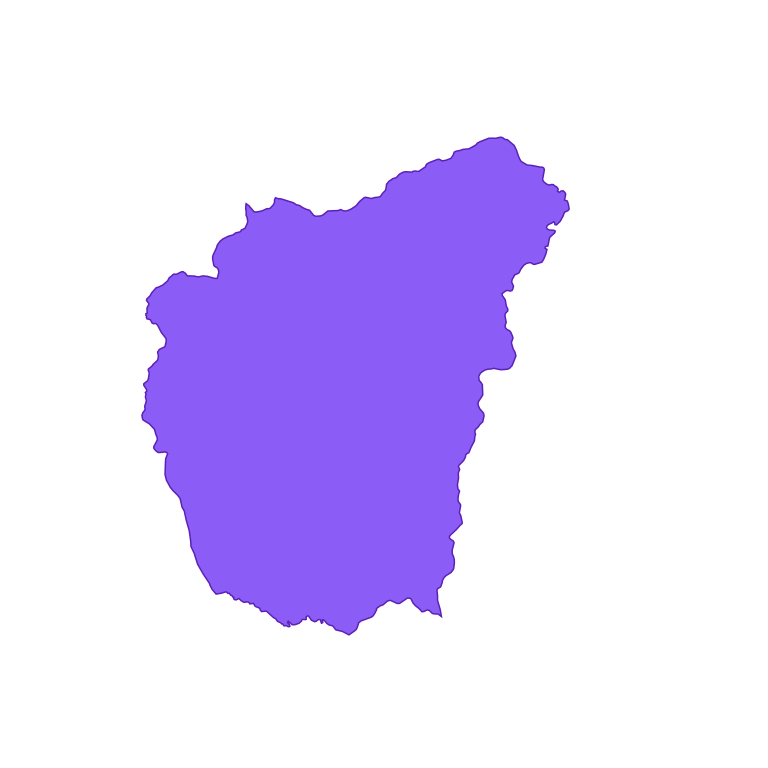 Hatu-Builico, Ainaro, East Timor (Mercator projection), rotated 237°
{"feature_id": "22284137B50442427378542", "entity_name": "Hatu-Builico", "entity_type": "district", "adm_level": 2, "iso_a3": "TLS", "parent_name": "East Timor", "parent_adm1": "Ainaro", "projection": "mercator", "projection_center": [125.548, -8.944], "detail": "fine", "context": "isolated", "style": "filled", "palette": "violet", "viewbox_px": 768, "rotation_deg": 237, "n_neighbors": 0, "source": "geoboundaries", "source_scale": "gbopen_adm2", "svg_char_len": 6171}
<svg xmlns="http://www.w3.org/2000/svg" viewBox="0 0 768 768"><g transform="rotate(237 384 384)"><path d="M437.6,637.4L439.9,635.6L444.3,639.8L446.3,640.0L448.6,639.4L449.5,637.1L449.1,635.6L451.0,634.5L452.6,636.3L455.4,636.2L457.3,635.0L459.0,634.6L460.0,633.3L461.1,630.5L463.5,629.1L466.3,628.2L468.9,628.2L476.5,635.3L478.1,635.6L479.4,635.1L480.3,633.7L486.9,626.9L489.6,623.4L495.8,620.3L498.6,620.3L502.5,621.0L507.7,622.4L513.2,623.1L521.8,620.5L522.9,618.9L526.4,617.4L527.7,615.8L529.2,611.6L533.0,605.9L534.9,596.7L535.2,593.4L534.5,591.6L534.5,589.8L535.0,583.2L537.8,578.0L538.3,575.4L540.0,571.2L540.2,569.1L538.1,566.4L536.8,562.9L537.9,557.9L539.4,554.3L542.3,552.8L543.2,551.2L545.0,542.8L545.2,540.2L544.8,538.6L543.6,537.1L543.4,528.8L545.6,526.2L546.6,524.1L546.4,522.9L550.1,518.0L551.2,515.6L551.4,513.8L551.6,511.3L550.4,506.6L551.4,503.3L551.3,498.6L550.2,495.0L546.6,491.9L545.6,490.6L544.7,486.7L543.4,483.5L543.4,481.8L545.4,477.9L546.4,474.5L550.6,470.3L551.1,468.9L550.4,463.2L548.7,457.7L548.6,452.0L549.2,448.2L549.9,446.3L551.2,444.4L553.9,442.7L554.4,440.1L559.7,431.1L559.0,424.5L559.6,422.1L562.0,417.9L564.1,416.8L570.3,416.2L573.2,413.7L576.2,411.9L579.7,410.4L582.1,408.1L585.4,406.7L595.1,398.7L597.8,395.5L599.3,394.4L598.2,392.6L595.7,390.8L594.6,388.8L593.4,384.4L593.8,382.9L594.9,381.1L595.5,376.4L596.5,373.6L598.0,370.2L599.3,368.8L607.2,367.8L610.3,366.6L609.4,365.7L606.0,363.3L603.8,362.4L600.7,360.3L597.9,359.8L594.3,358.1L592.5,355.8L590.2,352.0L590.9,348.3L590.1,347.1L590.1,345.7L591.5,342.1L591.3,338.4L592.7,334.0L593.4,327.9L593.0,324.2L591.4,320.0L589.4,317.6L585.4,311.2L583.9,309.5L582.0,308.3L576.2,305.9L574.9,306.0L572.5,307.3L570.3,307.4L567.6,306.3L563.4,301.6L565.0,299.3L570.4,294.6L573.3,291.0L574.9,286.6L578.0,283.5L581.8,278.0L584.9,277.8L587.7,276.6L588.4,275.2L589.1,269.5L590.5,267.9L590.7,266.6L590.2,264.3L590.1,261.8L588.3,258.6L587.5,252.2L588.1,247.6L588.8,245.3L586.8,238.3L585.9,237.0L585.2,235.2L584.6,231.7L583.5,230.3L579.7,230.6L578.5,229.7L577.7,227.9L576.3,226.2L572.4,224.0L572.7,222.7L571.5,221.8L570.3,221.9L569.4,221.0L567.7,220.7L565.2,223.1L561.3,222.7L559.9,223.7L559.5,225.0L558.4,225.9L556.0,226.1L548.3,225.3L540.8,226.0L538.3,224.5L534.6,220.6L535.4,214.5L534.1,211.5L530.6,210.2L527.7,207.7L527.1,206.2L526.2,201.0L525.5,199.5L524.8,194.3L523.4,193.6L521.2,193.2L517.0,189.5L515.5,187.6L515.1,182.8L514.2,182.0L513.0,181.8L508.8,181.8L507.4,181.4L506.8,179.2L505.4,179.0L502.9,176.7L500.3,176.0L498.8,175.0L495.6,171.1L493.2,170.1L492.2,168.8L491.4,166.4L489.6,163.9L486.5,162.6L484.9,162.4L478.4,165.5L470.9,166.8L466.3,165.3L462.5,164.6L460.5,163.3L456.9,156.9L455.8,156.0L453.7,156.0L450.9,156.7L449.5,157.3L447.3,161.1L446.5,163.2L444.8,164.5L443.3,164.5L440.3,160.3L438.4,158.8L427.4,151.1L421.7,149.1L413.5,148.5L409.2,149.0L402.9,150.4L398.9,150.6L390.8,147.6L386.2,147.3L377.3,143.9L367.1,140.8L357.3,136.2L352.8,133.6L345.3,132.6L334.4,129.5L323.1,128.9L311.4,129.0L310.1,128.5L305.2,128.0L299.2,128.8L296.9,134.2L296.2,137.1L295.3,138.7L293.4,139.0L292.7,140.3L290.4,140.4L289.3,141.3L287.8,141.1L286.9,141.8L286.2,141.2L285.2,141.0L284.5,141.2L283.4,142.7L283.1,145.5L279.9,146.2L277.2,147.6L275.6,150.9L274.1,151.8L272.7,151.7L271.1,155.0L267.6,154.9L263.6,157.7L261.9,157.1L259.9,157.3L257.9,161.1L257.1,161.8L248.3,164.1L246.1,165.3L243.0,165.4L240.0,167.3L238.5,167.5L238.0,168.3L235.5,168.5L234.7,170.4L232.9,171.3L232.3,172.0L232.0,172.6L232.1,173.2L233.8,173.7L236.1,173.1L237.3,174.2L237.2,174.7L235.3,174.8L234.2,175.6L232.6,175.7L231.8,176.2L230.5,178.6L229.6,182.5L230.1,185.6L230.9,186.7L230.9,187.6L229.2,189.8L229.0,190.6L231.1,191.9L231.2,193.6L230.4,194.3L225.4,194.5L222.4,196.4L221.9,198.0L222.3,200.0L221.4,201.9L220.6,202.2L218.3,201.4L217.4,201.3L217.3,201.5L217.3,202.8L219.7,203.7L219.4,204.7L216.6,205.5L214.9,205.5L212.1,206.5L209.0,209.3L204.0,209.7L199.2,214.3L192.7,218.0L193.0,226.1L193.8,228.1L197.5,232.8L197.8,235.8L195.3,246.5L195.5,248.6L196.5,251.0L198.6,254.7L199.8,255.5L200.0,260.1L199.3,262.8L200.1,268.9L199.1,271.5L192.7,275.6L191.5,277.6L191.7,287.0L190.8,288.4L189.4,289.6L184.2,289.1L181.0,289.6L175.9,291.3L172.4,291.7L171.5,293.4L170.9,297.5L168.9,298.8L165.3,299.5L163.7,301.1L161.6,304.1L157.7,305.5L164.2,308.3L173.5,311.1L177.4,313.7L181.9,315.9L183.1,317.3L183.0,321.0L185.6,324.5L187.3,326.0L188.9,328.8L189.5,331.6L189.4,337.5L190.3,340.2L191.3,342.0L195.5,345.5L198.6,347.4L201.4,348.3L204.5,348.8L207.6,350.8L212.8,356.4L214.7,356.6L217.3,355.4L219.2,355.0L220.6,356.0L221.2,357.8L222.5,365.4L224.1,371.1L224.2,372.9L224.8,374.0L231.7,376.7L235.0,377.1L240.3,382.1L241.6,382.5L245.1,382.3L247.4,383.5L250.5,386.1L253.1,389.1L255.7,388.8L259.5,390.7L264.4,395.2L269.1,398.0L271.1,400.9L274.2,401.5L275.0,402.6L276.4,409.0L278.4,412.5L280.0,413.9L280.4,415.2L280.2,417.8L283.6,422.7L287.0,428.8L290.5,431.6L292.0,433.4L294.0,433.9L295.9,435.5L296.7,439.8L297.8,442.2L298.5,446.2L302.7,450.5L305.3,451.6L311.3,450.8L314.7,451.4L316.2,452.1L317.7,453.5L320.9,460.7L321.9,461.4L330.0,466.2L332.4,466.2L335.3,465.8L338.8,467.6L340.5,470.6L340.8,473.1L340.7,476.5L339.9,479.0L338.1,482.4L337.3,484.6L332.3,489.8L329.9,494.1L328.9,496.5L328.8,497.9L329.7,501.5L335.6,509.9L339.4,511.2L343.1,511.4L348.6,513.1L349.7,513.8L352.1,517.0L353.7,517.7L358.0,518.5L359.3,518.5L360.5,518.2L362.7,516.8L364.7,516.5L366.1,516.8L367.3,517.7L369.2,520.1L374.7,522.3L376.5,523.5L377.1,524.5L377.9,527.6L379.3,528.6L382.9,529.1L388.7,531.6L393.9,531.4L395.5,532.3L395.8,537.0L395.1,538.7L393.2,540.4L392.7,542.3L393.4,543.6L395.5,545.9L400.0,546.6L401.9,548.5L404.3,553.1L403.7,556.6L403.8,558.0L405.7,561.1L407.5,566.0L407.5,569.2L406.7,571.7L405.6,573.3L403.2,574.4L402.3,575.4L400.2,582.7L401.3,585.3L402.9,587.7L405.1,590.8L408.1,594.0L410.2,593.0L411.3,594.1L410.5,596.7L416.4,602.4L416.9,603.7L417.7,609.0L418.1,610.0L419.1,610.9L420.4,610.2L423.2,606.4L425.5,605.2L426.7,605.5L427.9,606.9L428.1,609.1L427.6,612.5L427.6,614.9L426.4,614.9L424.6,614.2L423.5,615.3L424.5,620.4L427.5,626.0L428.9,627.6L429.7,629.1L429.2,633.0L429.9,634.6L434.0,636.4L437.6,637.4Z" fill="#8b5cf6" stroke="#5b21b6" stroke-width="1.5"/></g></svg>